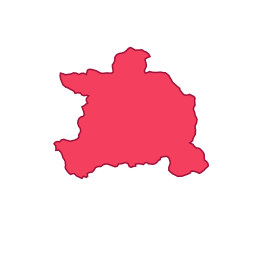 the district of Conselheiro Lafaiete, Minas Gerais, Brazil, rotated 307°
{"feature_id": "56859067B86519251311991", "entity_name": "Conselheiro Lafaiete", "entity_type": "district", "adm_level": 2, "iso_a3": "BRA", "parent_name": "Brazil", "parent_adm1": "Minas Gerais", "projection": "robinson", "projection_center": [-43.793, -20.669], "detail": "fine", "context": "isolated", "style": "filled", "palette": "rose", "viewbox_px": 256, "rotation_deg": 307, "n_neighbors": 0, "source": "geoboundaries", "source_scale": "gbopen_adm2", "svg_char_len": 3059}
<svg xmlns="http://www.w3.org/2000/svg" viewBox="0 0 256 256"><g transform="rotate(307 128 128)"><path d="M66.7,83.8L68.6,85.7L68.4,88.5L67.2,91.2L65.2,93.8L64.2,96.6L63.4,98.2L61.9,99.4L60.6,100.7L58.9,101.4L57.8,102.8L57.2,104.8L56.5,107.1L56.3,110.0L58.0,111.2L59.3,112.6L58.8,116.0L59.5,119.0L60.0,121.5L62.7,121.5L63.5,124.4L65.1,124.9L67.1,122.9L69.2,123.9L71.4,126.0L74.6,126.2L76.7,125.9L79.0,127.1L80.9,129.5L84.0,130.4L86.4,132.4L87.6,135.4L88.2,137.7L89.3,141.1L91.1,142.4L93.5,142.1L95.6,144.4L97.3,145.6L99.1,147.1L99.5,149.7L98.0,152.1L98.5,154.2L100.6,155.4L102.2,157.1L103.8,155.7L105.9,158.0L107.2,160.2L108.0,162.2L110.2,162.6L111.9,163.8L111.7,165.8L112.8,167.6L113.9,169.5L115.5,170.9L117.5,171.7L120.5,171.8L122.0,172.7L124.0,171.9L126.3,173.4L128.6,175.9L128.8,178.6L127.3,180.7L125.6,182.9L123.0,183.7L121.0,184.4L118.8,186.0L118.4,188.5L118.3,191.1L118.9,194.2L119.3,196.8L120.4,198.2L122.0,200.1L124.6,201.8L126.8,203.3L129.2,204.7L131.4,204.5L133.0,206.4L134.2,209.5L134.6,212.1L136.5,213.2L138.6,213.6L140.2,214.2L142.0,214.2L143.7,214.6L146.0,215.0L147.9,213.0L148.5,210.7L148.4,208.5L150.2,206.7L151.9,205.4L153.3,204.0L154.2,201.3L154.6,198.4L154.4,196.4L153.2,194.7L153.2,192.2L154.0,189.6L153.3,186.3L155.0,186.9L156.8,187.2L158.8,186.3L161.0,185.8L163.4,185.6L165.2,184.4L167.0,183.2L168.7,181.3L170.5,180.1L173.0,179.8L174.9,178.8L176.6,177.8L177.6,176.0L178.4,174.0L180.2,172.3L181.4,170.3L182.6,168.8L184.2,168.0L186.7,167.8L188.3,166.1L190.3,164.5L192.2,163.6L192.8,161.6L192.4,159.7L191.9,156.9L189.8,155.5L188.3,153.2L188.4,150.6L189.1,148.7L189.2,146.8L190.8,145.5L190.8,142.4L191.1,138.9L191.4,135.9L192.5,133.7L193.5,131.2L194.5,129.0L194.6,126.7L194.6,124.6L193.4,122.9L192.1,120.2L190.3,118.3L188.9,116.6L187.1,113.8L186.0,111.2L184.1,110.3L182.2,108.7L183.6,106.6L185.7,106.1L188.4,105.5L189.9,104.2L191.4,102.3L193.1,100.1L195.8,101.1L198.3,102.6L199.4,100.2L199.7,97.2L198.8,93.9L198.8,92.0L197.2,90.3L195.8,88.5L194.5,86.8L194.3,84.5L193.9,81.7L191.9,80.5L189.4,80.3L187.3,79.8L185.5,79.1L184.0,77.9L182.6,76.5L181.0,75.5L179.3,74.8L176.6,75.0L174.8,76.2L173.1,77.1L171.1,77.5L168.9,77.6L166.8,79.4L165.2,81.3L163.4,82.6L161.7,81.6L160.6,80.1L159.3,78.1L158.0,76.6L156.6,75.2L155.3,72.9L155.0,71.0L154.6,68.2L153.7,65.9L152.7,63.4L151.4,61.6L149.8,60.8L147.9,61.6L145.6,62.4L145.1,59.7L143.4,57.7L141.3,56.7L140.6,53.6L139.3,51.3L137.4,50.4L135.4,48.5L133.9,47.1L132.7,45.6L132.3,43.7L131.2,41.0L128.6,42.5L126.5,44.9L124.9,47.5L123.4,50.0L123.2,53.7L124.0,56.3L124.2,58.6L124.6,60.4L124.8,62.8L123.8,64.9L125.8,66.5L127.2,68.8L126.7,71.4L127.2,73.3L129.3,75.3L130.0,77.3L128.0,77.1L126.3,77.1L124.7,78.3L123.6,80.8L121.8,80.0L119.4,79.6L117.2,78.4L115.5,81.2L114.0,83.3L112.7,84.8L110.4,85.3L108.3,83.6L106.1,83.2L103.9,83.7L101.6,85.0L99.9,87.4L98.9,90.2L97.0,92.1L95.0,92.6L93.0,92.7L90.9,94.4L88.0,93.8L86.0,92.5L84.5,91.3L82.6,89.8L81.9,87.7L81.0,85.9L80.3,83.5L78.3,81.9L75.8,81.7L74.8,79.8L72.8,78.4L70.9,78.4L70.2,81.0L68.3,82.9L66.7,83.8Z" fill="#f43f5e" stroke="#9f1239" stroke-width="1.5"/></g></svg>